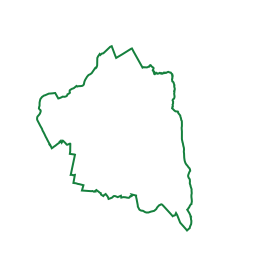 the district of Bogdanesti, Suceava, Romania, rotated 290°
{"feature_id": "2599482B43476485710108", "entity_name": "Bogdanesti", "entity_type": "district", "adm_level": 2, "iso_a3": "ROU", "parent_name": "Romania", "parent_adm1": "Suceava", "projection": "equal_earth", "projection_center": [26.284, 47.362], "detail": "fine", "context": "isolated", "style": "outline", "palette": "green", "viewbox_px": 256, "rotation_deg": 290, "n_neighbors": 0, "source": "geoboundaries", "source_scale": "gbopen_adm2", "svg_char_len": 5687}
<svg xmlns="http://www.w3.org/2000/svg" viewBox="0 0 256 256"><g transform="rotate(290 128 128)"><path d="M199.3,84.7L198.2,83.5L189.8,79.3L189.4,78.7L189.2,78.2L187.8,77.3L187.2,77.0L187.8,76.1L185.2,75.4L183.3,75.2L176.3,77.6L174.8,77.7L173.9,77.6L173.3,77.3L173.5,76.8L173.3,76.7L167.1,75.1L165.6,74.1L164.3,72.8L162.2,72.0L158.6,71.3L156.7,71.2L153.8,71.6L153.4,71.5L152.4,71.0L151.9,70.5L151.1,69.0L150.9,68.4L150.1,66.7L149.6,66.1L149.9,65.2L149.2,64.8L148.5,64.5L148.1,64.1L147.1,63.6L146.4,62.9L145.8,62.1L144.1,60.7L143.4,60.4L142.7,60.5L142.1,60.8L141.4,61.3L141.0,61.3L140.6,61.1L140.3,60.7L139.3,60.0L138.9,59.6L138.5,59.7L137.7,59.6L137.0,59.4L136.5,58.9L135.7,57.9L135.3,56.5L135.2,56.0L135.0,55.7L134.4,55.3L132.6,53.4L131.9,52.4L136.0,47.6L134.7,45.1L133.2,41.8L130.4,38.9L129.9,38.1L127.8,36.6L125.3,35.8L123.9,35.9L121.7,36.2L118.6,37.3L117.3,37.3L115.9,37.6L115.2,38.6L115.0,39.0L115.0,39.4L114.6,39.9L114.2,40.1L113.6,40.3L113.0,40.3L111.6,40.3L110.5,40.1L107.9,39.1L107.1,39.0L105.6,39.4L104.9,39.7L104.4,40.1L99.9,45.0L97.7,47.6L97.2,47.9L96.2,48.8L95.2,50.0L93.6,51.7L92.6,52.7L91.3,54.0L90.4,55.1L89.9,55.6L89.4,56.1L85.8,60.1L85.6,59.9L85.2,60.4L85.5,60.7L82.9,63.3L83.7,63.9L85.3,64.9L86.5,65.8L88.5,67.0L91.0,68.7L91.4,68.4L91.7,68.4L92.2,68.7L92.5,69.1L93.0,69.3L91.6,70.7L93.8,71.1L93.8,71.3L92.4,74.4L91.4,76.1L91.4,76.4L91.6,76.8L93.4,78.7L93.5,79.0L93.4,79.2L87.6,81.2L86.9,81.5L85.3,81.9L83.8,82.2L84.8,86.9L84.8,87.3L64.4,90.2L64.5,90.4L64.6,90.8L64.9,91.6L64.9,91.9L64.8,92.5L64.9,92.8L65.6,93.7L65.8,94.1L57.7,95.5L57.9,96.6L58.2,97.7L58.3,99.1L58.3,100.0L58.6,101.6L59.0,105.7L53.5,106.1L56.0,114.9L56.2,115.4L56.6,116.0L56.6,116.3L56.5,117.7L56.7,118.2L57.1,119.0L57.5,118.6L57.7,118.8L58.9,119.5L58.4,120.9L58.2,122.0L57.7,123.1L57.5,123.7L57.5,124.3L57.5,124.6L57.4,124.8L57.1,124.9L56.6,125.1L56.2,125.5L55.6,128.1L56.5,128.4L57.1,128.6L57.3,128.9L58.3,129.6L57.8,130.2L57.5,131.0L56.3,132.7L54.7,134.0L55.9,135.5L57.2,136.9L58.7,137.6L59.2,138.0L59.6,139.0L59.6,140.3L59.5,142.0L61.9,144.5L60.3,145.5L61.4,147.1L61.5,147.5L61.9,148.7L62.1,149.8L62.2,150.8L62.6,152.4L63.0,153.0L63.4,153.2L64.1,153.3L64.3,153.5L64.8,153.6L64.8,154.2L64.9,154.3L65.3,154.3L65.4,154.7L65.8,155.0L66.0,155.0L66.4,154.8L66.8,154.3L67.3,158.7L66.2,159.1L65.5,159.5L64.3,160.3L59.4,163.2L58.8,163.6L58.2,163.8L57.4,164.2L57.0,164.7L55.3,166.5L55.1,167.0L54.9,168.1L55.0,169.3L55.3,170.1L55.2,170.7L55.2,171.0L55.1,171.4L54.8,172.9L54.9,174.3L55.2,175.0L55.4,175.7L55.6,176.1L57.3,178.2L59.0,180.8L59.4,181.1L61.3,182.2L62.1,182.4L62.4,182.4L63.7,182.7L66.2,183.8L66.7,184.5L67.1,184.8L67.5,185.1L67.7,185.5L67.7,185.9L67.6,186.4L66.8,188.1L62.0,197.3L60.4,200.2L61.2,200.7L61.5,201.3L61.7,201.7L62.1,202.0L62.5,202.2L63.6,202.1L64.5,202.2L63.0,204.0L56.9,209.4L52.9,216.8L51.9,218.5L54.2,219.7L54.9,220.2L56.7,220.0L59.2,220.2L59.7,220.1L60.9,219.8L62.5,219.3L63.3,218.7L65.1,217.8L65.9,217.2L66.2,217.5L67.2,216.5L68.8,215.0L70.0,213.5L71.5,211.6L72.5,212.1L73.6,212.4L73.9,212.3L74.4,212.6L75.4,212.7L76.0,212.7L77.6,213.1L78.1,213.4L78.2,213.6L80.9,213.1L82.7,212.3L84.8,211.2L86.7,210.5L88.1,210.3L89.2,209.9L90.7,209.2L92.2,208.7L94.7,206.7L95.2,206.5L95.7,206.1L96.8,205.2L97.4,204.9L98.9,204.5L100.7,203.7L101.4,203.0L101.6,202.6L102.0,202.0L103.1,201.1L103.5,200.9L104.2,200.7L107.0,200.7L108.3,200.8L109.0,201.1L110.3,200.4L111.2,199.5L111.7,198.4L112.0,198.0L112.5,197.2L113.0,196.6L113.5,195.5L114.5,194.2L115.5,193.3L116.7,192.4L119.3,191.0L123.2,189.4L124.7,188.6L127.2,187.9L128.6,187.2L130.0,186.2L132.7,184.6L133.1,184.2L134.0,183.7L134.7,183.2L136.1,182.4L142.2,180.2L143.3,179.8L145.9,178.6L147.0,178.2L147.5,178.2L149.1,177.7L152.0,176.6L152.7,176.3L153.2,176.0L153.5,175.5L155.6,174.2L156.6,173.3L157.6,172.8L159.1,170.3L159.6,169.8L160.1,169.7L160.5,169.2L159.9,166.9L160.4,165.3L161.0,164.2L161.6,162.7L162.4,162.6L162.8,162.5L163.0,162.5L163.2,162.8L163.9,162.7L165.1,161.9L165.7,162.0L166.4,162.0L167.4,161.6L168.0,161.5L168.5,161.2L169.1,160.5L169.5,160.4L170.2,160.5L170.7,160.7L171.3,161.2L172.0,161.2L172.5,161.2L173.7,160.9L175.9,159.7L177.7,159.3L178.3,158.7L178.6,158.7L179.0,159.0L179.3,158.9L179.6,158.7L180.6,158.7L181.7,158.0L182.0,157.7L182.4,157.6L182.9,157.2L183.6,156.9L184.1,157.0L184.6,156.6L185.6,155.7L186.2,155.4L186.6,154.9L186.8,154.5L186.9,153.8L187.1,153.6L187.4,153.4L188.0,153.2L188.8,152.7L189.1,152.6L189.7,152.7L190.4,152.6L190.9,152.2L191.7,152.3L192.1,152.2L192.2,151.8L192.2,151.7L192.4,151.6L192.9,151.7L193.1,151.6L193.2,151.2L193.7,151.1L193.8,150.9L193.9,150.4L194.7,149.2L194.4,147.9L194.5,147.3L194.6,147.0L194.5,146.6L194.3,146.3L193.6,145.6L193.0,145.2L192.8,144.2L192.4,144.1L192.3,143.8L192.5,143.4L192.5,143.2L192.4,142.9L192.0,142.9L191.7,142.9L191.5,142.6L191.5,142.1L191.4,141.9L190.7,141.5L190.8,141.1L190.6,141.0L190.5,140.8L190.9,140.3L190.4,139.7L190.5,139.4L190.7,139.1L190.6,138.8L189.6,138.1L189.4,137.5L189.1,137.1L189.3,136.8L189.2,136.7L189.3,136.2L189.1,136.0L189.1,135.7L189.3,135.5L188.9,135.2L188.5,135.3L188.2,135.0L188.0,134.8L187.7,134.7L187.7,134.3L188.2,133.9L188.3,134.0L188.6,133.7L188.9,133.8L189.1,133.7L189.1,133.3L189.0,133.2L189.4,133.5L189.5,133.6L189.9,133.4L190.0,133.2L189.9,133.0L189.7,132.9L189.7,132.7L190.2,132.5L190.5,131.6L190.8,131.5L192.5,131.7L192.9,131.6L193.3,131.3L193.4,131.0L193.9,129.1L194.7,128.0L194.7,127.4L194.3,127.2L193.3,127.0L192.8,126.8L192.8,126.6L192.8,126.4L192.6,126.3L192.0,125.8L191.4,125.0L191.0,123.7L190.9,123.5L190.7,123.0L190.6,122.0L190.5,121.8L190.1,121.5L189.8,121.1L189.7,121.0L189.9,120.8L201.8,107.0L204.1,104.5L203.5,103.8L195.4,97.5L189.8,92.9L191.9,91.0L199.3,84.7Z" fill="none" stroke="#15803d" stroke-width="2"/></g></svg>